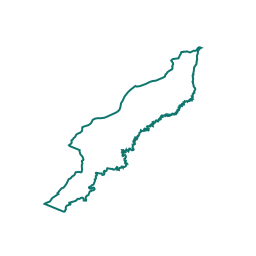 the district of Centro Novo do Maranhão, Maranhão, Brazil, rotated 202°
{"feature_id": "56859067B37138273453889", "entity_name": "Centro Novo do Maranhão", "entity_type": "district", "adm_level": 2, "iso_a3": "BRA", "parent_name": "Brazil", "parent_adm1": "Maranhão", "projection": "orthographic", "projection_center": [-46.631, -3.068], "detail": "fine", "context": "isolated", "style": "outline", "palette": "teal", "viewbox_px": 256, "rotation_deg": 202, "n_neighbors": 0, "source": "geoboundaries", "source_scale": "gbopen_adm2", "svg_char_len": 5860}
<svg xmlns="http://www.w3.org/2000/svg" viewBox="0 0 256 256"><g transform="rotate(202 128 128)"><path d="M138.8,62.6L138.8,66.6L139.0,67.3L139.6,67.9L138.9,68.7L138.8,69.4L139.8,70.9L139.9,71.3L139.2,72.1L139.2,72.8L139.6,73.4L140.7,73.8L140.9,74.1L140.8,74.6L137.1,75.3L135.5,75.9L134.6,75.6L134.3,74.9L133.8,75.0L132.7,76.0L132.9,77.2L134.0,78.0L134.2,78.6L133.8,79.5L132.6,79.4L131.9,80.4L132.1,82.9L128.1,83.8L127.4,84.2L127.0,84.3L126.1,83.9L125.0,84.4L124.2,85.3L123.7,87.7L123.3,87.7L122.2,85.3L121.9,85.6L120.7,85.7L121.0,86.4L120.9,87.8L119.5,88.6L119.5,89.8L119.2,89.9L117.9,89.3L118.2,90.2L116.6,90.6L115.8,91.8L115.6,92.6L116.1,93.5L116.1,94.0L115.4,94.4L115.9,94.7L117.4,94.2L117.6,94.5L117.1,95.2L117.7,96.2L117.8,97.0L118.3,97.0L118.7,96.3L119.3,96.9L119.8,98.2L119.2,99.1L119.0,99.8L119.4,100.9L120.3,101.8L120.7,101.7L121.9,101.1L122.0,100.3L122.2,100.0L122.7,100.2L123.0,100.9L122.8,102.6L123.0,103.1L123.7,102.9L123.7,103.6L123.4,103.8L123.7,104.3L124.0,104.5L124.5,104.1L124.5,104.6L125.2,105.3L124.9,105.4L124.6,105.2L124.0,105.7L122.7,104.7L121.5,104.2L121.1,104.8L121.8,105.8L121.6,107.0L121.4,106.7L120.7,107.1L118.9,106.4L118.9,106.9L119.8,107.3L119.3,108.0L119.0,109.4L118.3,109.6L117.5,109.1L116.0,108.8L114.8,109.6L114.8,110.4L115.4,110.5L116.5,111.5L116.3,112.0L117.5,114.4L116.0,115.1L115.6,115.6L115.7,116.0L116.1,116.6L117.3,116.8L118.0,117.4L118.1,118.0L118.0,118.4L116.7,118.6L116.7,119.0L117.5,119.1L117.8,119.3L117.9,120.8L116.8,120.8L116.0,120.5L115.6,120.9L115.5,121.3L115.7,121.6L117.0,122.3L115.7,122.8L116.1,123.9L116.0,124.4L115.3,124.5L115.2,126.4L115.6,127.8L114.7,128.9L115.2,130.7L114.0,130.5L112.2,131.2L112.6,133.0L112.2,133.8L111.4,133.8L111.7,132.7L111.1,132.1L110.5,132.3L109.8,133.5L108.2,133.3L108.0,133.7L108.4,134.8L110.0,134.0L109.9,135.6L110.9,136.4L110.8,136.8L110.2,137.3L109.1,137.3L108.1,137.7L108.5,139.0L107.7,140.1L106.6,139.0L105.7,139.0L105.9,139.3L106.9,139.8L107.1,140.6L106.0,141.0L105.8,141.3L105.9,141.6L107.2,142.1L107.4,142.7L107.1,143.0L106.7,142.4L105.7,142.9L105.2,142.8L104.9,143.1L104.8,143.5L105.2,144.5L104.9,145.4L104.2,145.8L103.3,145.2L102.5,145.4L102.4,146.9L102.7,147.3L102.7,147.8L101.7,148.4L101.4,147.9L101.1,148.1L100.9,148.6L102.0,149.5L101.8,150.1L100.9,150.4L100.4,150.9L101.7,151.3L101.5,152.2L100.6,152.5L100.1,152.3L98.9,153.5L98.1,153.0L97.8,154.3L98.0,154.7L97.4,155.2L97.1,155.3L96.5,154.1L96.1,153.8L95.7,154.0L96.4,154.5L96.1,155.1L95.6,155.6L95.2,155.7L95.2,155.3L94.4,154.7L94.0,154.8L94.0,155.4L92.9,156.1L93.0,156.6L92.4,157.1L92.6,157.5L92.3,157.9L92.1,158.0L91.8,157.9L91.6,157.3L90.6,157.7L90.8,158.0L90.6,158.6L90.2,158.8L90.0,158.5L89.5,158.7L89.1,158.5L88.7,158.8L89.3,159.7L89.4,160.2L89.2,160.7L88.5,160.2L88.2,160.5L88.5,160.9L88.1,161.8L88.3,162.2L88.8,162.5L88.9,163.1L87.6,163.4L87.4,163.8L87.6,165.0L88.3,165.0L88.8,165.9L88.4,166.2L88.2,166.0L87.8,166.1L88.2,166.9L87.8,166.8L87.4,167.1L87.4,167.5L88.1,167.7L88.2,168.6L88.1,168.8L87.7,168.8L87.2,168.4L86.1,168.6L87.0,170.6L86.8,170.8L86.7,170.5L86.4,170.5L85.9,170.1L84.9,170.7L86.0,172.4L86.1,172.7L85.3,172.9L85.4,174.1L84.5,174.1L83.6,174.9L82.7,174.6L82.6,175.4L82.2,175.8L81.9,176.1L81.7,175.8L81.3,176.0L81.4,176.9L81.1,177.7L80.0,177.1L79.2,177.4L79.5,177.9L79.1,178.4L79.4,178.4L79.9,179.2L80.2,179.1L79.7,179.8L79.3,179.9L79.2,180.2L80.3,181.0L79.9,181.1L79.8,181.5L80.3,181.9L80.2,182.2L80.5,182.5L80.3,183.3L80.6,183.7L80.3,184.0L80.4,185.0L79.7,185.4L79.9,186.2L80.4,186.6L80.1,189.2L80.8,190.1L81.7,190.4L83.0,191.5L83.2,192.2L84.5,193.8L84.7,194.6L85.2,194.7L85.4,195.0L85.1,195.2L85.9,197.0L85.9,197.8L86.3,198.6L86.6,198.7L86.8,199.6L87.1,199.7L87.2,200.2L87.8,200.9L87.5,201.8L87.7,202.1L87.4,202.2L88.1,203.9L88.3,205.4L89.4,208.8L88.9,211.0L89.0,211.3L88.5,212.6L88.6,213.5L89.1,214.4L89.0,214.9L89.5,216.1L89.4,217.2L89.7,217.4L90.5,219.7L91.0,220.3L91.2,222.0L91.1,222.7L91.4,223.3L91.3,223.8L91.8,225.0L91.8,227.1L91.2,227.7L91.4,228.7L90.3,229.7L91.5,229.7L92.4,229.4L93.0,228.6L93.8,225.4L94.4,224.8L96.0,224.3L98.6,221.4L100.0,221.1L101.3,221.2L102.5,220.9L102.9,220.4L104.9,219.7L105.2,219.2L106.8,218.6L107.1,217.8L106.8,216.5L107.1,215.4L107.3,211.5L112.0,208.9L112.8,207.9L113.2,206.7L110.5,205.0L110.0,204.0L110.2,201.8L109.5,201.2L109.4,200.2L109.1,199.9L109.1,199.6L109.2,198.7L110.2,197.8L112.3,194.6L112.8,192.2L113.3,191.6L113.0,189.7L113.6,188.7L119.8,182.4L122.6,180.9L124.9,179.0L128.1,175.4L132.5,171.4L135.3,169.7L136.9,169.7L139.7,164.9L141.4,161.3L143.0,155.8L143.2,150.9L143.7,148.6L142.8,144.0L142.7,142.4L143.1,140.7L143.9,139.2L144.9,137.8L152.2,130.1L153.7,128.7L156.8,126.9L159.7,125.8L162.2,124.2L163.8,122.3L164.0,119.0L164.9,117.0L165.8,115.8L170.5,111.9L170.6,111.2L169.7,109.0L169.6,107.8L170.4,106.0L172.7,103.7L173.6,102.0L173.6,99.9L174.6,98.5L174.9,96.5L175.8,95.4L174.8,93.5L174.8,92.6L175.5,91.0L176.3,89.9L175.2,89.4L164.5,89.4L164.3,88.3L162.3,85.8L159.5,84.4L157.6,82.3L157.5,81.4L158.3,80.6L158.4,80.0L157.1,78.3L156.8,75.8L154.9,72.1L154.6,69.8L155.1,69.2L157.1,68.9L159.9,67.4L160.1,64.2L161.7,62.0L162.3,59.9L163.8,58.4L164.2,53.0L164.9,50.1L165.5,48.5L166.9,47.3L168.2,43.7L168.2,42.9L169.0,41.5L169.0,41.1L167.8,40.7L171.9,34.9L172.9,30.6L176.2,27.5L176.9,26.4L156.5,26.3L155.5,26.7L155.3,27.1L155.5,28.0L155.1,29.3L155.9,30.8L156.0,31.7L155.6,33.2L154.5,34.0L153.9,34.8L152.8,35.4L152.8,35.9L153.2,36.2L154.4,36.4L154.5,36.7L149.3,40.7L148.9,41.7L148.4,42.3L148.4,43.0L148.1,43.5L146.4,44.1L145.5,45.5L144.6,46.2L143.7,46.3L143.2,46.0L142.3,45.1L141.9,44.2L139.7,44.9L139.8,45.7L140.9,46.8L141.3,48.2L140.6,50.0L139.6,51.0L139.7,54.8L137.5,56.9L136.5,57.5L136.1,58.9L137.2,59.9L137.5,59.9L138.5,59.2L139.7,57.7L140.2,57.6L141.4,57.7L141.9,58.3L141.8,58.8L140.7,59.7L140.1,61.4L138.8,62.6ZM119.3,108.0L119.3,107.7L119.2,107.5L118.9,107.6L118.9,108.2L119.3,108.0Z" fill="none" stroke="#0f766e" stroke-width="2"/></g></svg>